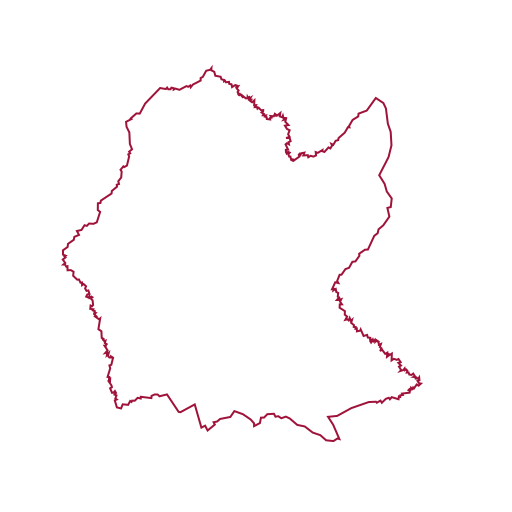 Federal, Entre Ríos, Argentina, rotated 283°
{"feature_id": "61730980B64393727529638", "entity_name": "Federal", "entity_type": "district", "adm_level": 2, "iso_a3": "ARG", "parent_name": "Argentina", "parent_adm1": "Entre Ríos", "projection": "albers", "projection_center": [-58.864, -31.028], "detail": "fine", "context": "isolated", "style": "outline", "palette": "rose", "viewbox_px": 512, "rotation_deg": 283, "n_neighbors": 0, "source": "geoboundaries", "source_scale": "gbopen_adm2", "svg_char_len": 6071}
<svg xmlns="http://www.w3.org/2000/svg" viewBox="0 0 512 512"><g transform="rotate(283 256 256)"><path d="M429.1,170.3L427.1,169.4L425.3,165.8L418.6,163.9L416.9,162.0L414.5,162.6L408.8,155.9L405.7,154.4L407.3,153.5L405.6,151.8L405.9,150.0L400.7,144.0L401.0,139.8L399.6,138.3L401.0,138.0L401.0,135.7L399.2,135.2L398.7,133.0L400.1,131.5L398.4,130.6L398.1,124.8L379.6,113.7L368.6,110.7L368.0,107.4L361.9,103.0L361.4,103.8L357.5,99.2L352.8,100.8L347.9,104.8L336.8,107.9L332.1,111.2L329.1,108.9L327.8,110.3L326.3,108.7L324.5,110.0L315.1,109.9L313.0,107.6L313.5,106.6L309.5,104.6L308.1,106.1L302.2,107.0L297.9,105.0L295.3,106.3L294.1,104.3L292.3,105.0L287.0,100.9L284.4,101.2L275.1,92.4L272.7,92.5L271.8,90.1L265.2,91.5L263.9,94.2L253.0,93.3L250.8,90.4L250.1,86.1L247.3,84.4L247.4,82.0L242.1,80.1L240.1,75.9L236.7,78.8L233.8,74.7L230.8,74.8L225.6,70.1L222.4,70.4L218.1,66.6L213.9,67.7L213.5,70.4L212.6,69.5L211.8,70.7L209.1,68.5L206.3,71.7L204.4,70.3L204.7,71.8L202.9,73.6L203.6,74.6L199.7,75.6L200.6,78.7L199.6,81.8L195.6,82.3L192.7,87.2L193.3,88.8L190.5,91.0L191.1,92.4L188.5,93.1L189.9,94.3L188.3,97.2L185.9,96.8L183.9,98.7L184.7,100.4L181.6,102.3L180.6,100.3L178.2,99.7L177.8,102.1L179.2,102.6L177.8,103.2L179.4,104.6L179.0,105.8L177.5,104.5L176.1,106.7L171.6,108.3L170.1,107.5L170.5,106.0L167.2,106.4L167.5,109.5L166.3,109.2L166.0,111.4L164.1,111.3L164.3,112.5L162.8,111.6L161.4,113.9L160.8,113.0L159.0,117.4L160.1,118.2L149.2,118.9L147.9,122.3L141.5,124.1L141.1,125.9L139.3,125.4L140.3,126.3L138.8,127.4L139.6,128.4L137.1,128.4L136.5,130.3L135.1,129.5L135.0,130.7L134.5,128.6L130.7,132.6L127.5,130.9L128.4,132.8L125.9,133.0L128.2,134.3L125.3,134.3L124.1,136.0L124.5,137.7L125.5,137.4L124.8,139.6L117.4,139.5L116.4,137.8L113.8,139.2L104.8,138.6L105.1,140.2L102.8,140.5L103.7,141.5L100.9,142.0L100.6,140.8L97.4,144.3L95.7,145.1L94.3,143.6L90.3,146.5L90.9,147.6L90.0,147.5L92.7,148.9L91.1,150.4L89.1,149.4L88.8,151.4L85.5,151.0L84.9,152.6L83.5,150.9L77.2,154.5L77.1,158.8L81.5,159.5L82.2,164.9L86.4,166.0L85.8,167.5L87.2,167.8L87.7,170.4L91.2,172.6L91.2,175.7L92.9,175.4L94.0,186.0L96.2,185.7L98.3,188.4L98.9,191.4L97.6,193.5L101.1,200.4L86.7,215.7L86.8,217.5L97.6,229.7L76.5,241.4L79.2,244.6L75.1,248.1L82.5,253.8L84.5,252.1L86.0,255.4L89.1,257.6L93.4,267.2L100.0,269.8L98.9,278.9L95.5,287.6L92.5,291.8L89.8,292.4L94.1,297.4L99.6,297.2L100.4,300.2L104.4,302.6L106.3,309.0L103.8,311.1L104.9,313.7L103.6,317.2L106.2,321.2L105.3,325.4L100.7,334.2L100.9,341.8L96.7,351.0L95.9,359.0L92.2,365.8L93.1,373.1L96.5,376.4L96.4,378.4L108.9,369.2L115.5,362.4L118.4,371.0L129.3,383.2L139.1,398.8L141.0,405.7L140.2,406.7L143.1,409.8L141.3,411.6L146.1,414.7L147.7,417.3L146.5,418.7L149.0,420.0L148.5,427.1L151.3,426.8L151.2,428.2L152.7,427.9L153.6,430.3L154.8,429.3L157.4,436.4L159.3,436.3L159.6,434.8L160.9,435.5L160.5,436.8L162.5,436.7L161.6,438.4L163.2,438.7L162.5,439.7L167.0,441.5L166.2,443.6L168.8,445.4L168.7,443.5L170.6,441.5L171.7,443.2L174.4,442.3L172.8,441.7L173.5,439.9L171.7,439.1L173.8,439.1L173.6,436.7L174.6,437.9L176.8,435.6L175.1,434.3L175.0,432.0L176.8,430.9L176.3,429.1L178.3,429.3L179.3,427.7L178.3,426.8L179.9,426.1L178.0,425.2L176.4,422.5L177.5,423.1L180.4,420.2L181.9,421.9L183.9,418.8L185.1,420.8L187.7,418.0L186.5,416.6L186.8,413.4L184.8,411.6L191.5,410.3L189.9,408.7L190.4,407.2L189.0,407.8L187.2,406.3L191.3,405.6L189.7,403.9L193.1,399.9L191.3,398.3L194.3,399.0L195.1,397.2L198.4,397.5L197.1,395.7L199.8,394.7L200.1,392.9L200.5,393.8L201.1,392.3L199.2,391.4L201.1,390.7L199.3,389.6L200.9,388.6L197.6,387.6L198.8,386.4L200.5,387.5L200.5,385.9L202.0,385.7L201.7,383.3L204.1,382.0L202.3,378.8L208.0,374.5L206.7,374.3L205.3,371.3L208.1,370.5L207.5,369.3L209.2,369.1L208.9,367.2L210.7,367.0L212.3,363.7L215.4,363.9L214.2,363.0L216.7,361.2L214.1,360.8L214.9,359.3L213.9,357.4L217.5,358.4L218.8,355.7L222.3,355.0L224.4,349.1L227.7,348.5L228.2,350.6L230.4,348.2L233.0,348.8L232.2,347.6L233.2,347.0L231.7,346.7L231.3,344.7L234.0,346.2L234.7,344.8L238.5,344.4L239.0,342.3L241.8,341.1L239.9,339.2L241.4,339.2L240.8,337.6L248.2,339.1L248.2,342.3L249.9,340.7L256.5,341.7L257.0,343.5L263.4,346.1L265.4,349.3L272.0,351.2L273.1,354.1L279.5,356.7L281.4,356.0L286.6,360.7L287.5,363.6L302.3,366.7L305.5,369.4L309.6,369.4L314.5,373.1L324.4,377.1L332.4,373.2L334.0,376.3L342.6,375.3L348.3,368.9L355.2,365.1L362.4,357.9L382.2,362.9L394.3,363.1L407.3,359.3L414.6,354.7L429.0,349.4L433.7,345.7L436.9,337.2L422.6,331.2L417.8,323.9L415.0,324.2L410.3,319.5L403.5,317.4L402.4,318.1L402.2,316.6L396.1,314.7L389.5,309.9L387.4,310.0L386.2,307.7L381.7,306.3L382.2,304.2L380.6,305.3L377.5,304.2L378.1,302.2L372.8,299.3L373.0,297.0L374.2,296.9L370.4,293.0L370.7,290.8L367.5,291.9L365.8,289.6L365.9,286.7L364.0,284.7L365.9,283.8L364.6,279.5L367.6,279.9L366.3,277.0L364.7,276.7L365.5,275.6L364.3,274.9L362.6,275.9L357.0,270.9L357.4,269.2L358.4,269.8L358.4,268.2L360.6,267.2L360.3,266.0L362.4,264.6L364.3,265.6L364.7,263.8L362.8,262.8L364.0,261.8L366.2,261.2L366.9,263.3L371.4,259.7L372.8,260.7L372.2,263.0L374.2,262.1L375.7,263.9L378.5,262.2L377.7,258.8L379.7,261.9L381.9,259.9L386.1,260.5L386.8,257.5L389.5,254.9L390.9,258.2L393.4,254.3L396.1,254.4L395.0,252.4L397.0,253.4L396.6,251.7L398.8,250.6L397.1,250.3L397.4,247.7L400.8,247.5L397.3,244.7L397.1,243.0L398.2,243.7L398.8,242.4L396.1,241.9L395.7,238.7L394.3,240.0L393.5,238.6L392.2,239.1L391.9,235.7L393.7,235.1L393.8,233.4L395.3,234.0L394.7,231.1L396.3,231.6L397.0,229.2L398.6,230.4L399.8,230.2L399.1,228.3L401.1,225.2L399.9,224.3L401.3,223.5L400.8,221.5L403.0,222.1L402.4,220.3L407.4,219.4L404.9,217.6L405.8,215.5L407.2,216.1L406.8,214.4L409.1,215.1L408.0,213.9L409.3,213.5L409.1,213.2L407.9,213.1L409.1,212.0L407.7,212.2L407.3,210.6L409.0,207.1L407.3,208.0L410.2,204.0L408.2,203.2L410.2,203.1L409.8,201.3L410.4,202.5L411.6,201.2L413.4,201.8L414.9,199.5L417.4,200.4L416.6,198.8L417.8,198.8L417.9,197.3L415.2,194.7L417.8,193.5L417.7,191.2L419.6,190.5L418.5,187.7L419.7,186.5L419.0,185.6L421.2,185.2L420.3,185.0L420.4,182.6L422.7,181.2L422.5,175.8L426.1,173.9L426.9,170.6L429.1,170.3Z" fill="none" stroke="#9f1239" stroke-width="2"/></g></svg>